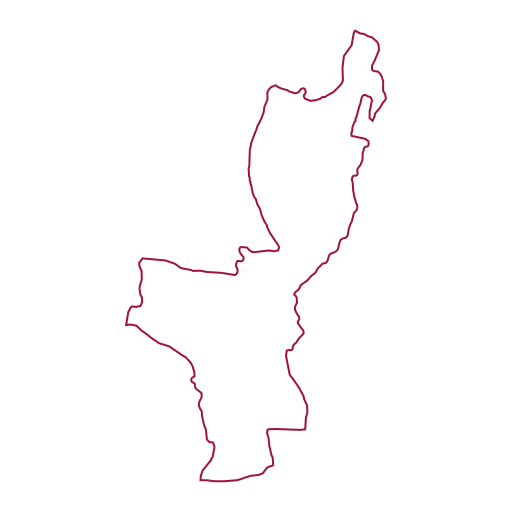 Guanagazapa, Escuintla, Guatemala
{"feature_id": "79465075B46302810770825", "entity_name": "Guanagazapa", "entity_type": "district", "adm_level": 2, "iso_a3": "GTM", "parent_name": "Guatemala", "parent_adm1": "Escuintla", "projection": "robinson", "projection_center": [-90.646, 14.158], "detail": "fine", "context": "isolated", "style": "outline", "palette": "rose", "viewbox_px": 512, "rotation_deg": 0, "n_neighbors": 0, "source": "geoboundaries", "source_scale": "gbopen_adm2", "svg_char_len": 5871}
<svg xmlns="http://www.w3.org/2000/svg" viewBox="0 0 512 512"><path d="M142.5,258.4L139.1,263.0L139.5,266.1L141.6,271.2L141.8,279.5L139.8,285.9L139.5,288.9L140.0,292.1L140.3,294.1L140.6,295.3L141.9,297.4L142.2,302.2L140.3,306.2L139.3,306.3L138.6,306.3L137.6,306.4L136.6,306.9L131.9,306.5L130.8,307.3L128.3,312.1L126.1,325.1L130.0,324.5L136.5,325.7L141.5,330.5L148.1,335.2L150.5,337.3L159.0,343.2L169.1,346.3L179.9,353.7L180.7,354.3L185.8,357.3L190.9,363.0L192.6,366.4L194.3,372.0L194.5,376.3L193.3,377.0L192.3,377.7L191.6,378.4L191.2,379.8L191.3,380.9L192.3,382.2L193.5,382.8L194.7,383.5L194.9,384.6L195.0,386.5L195.2,387.3L195.6,388.1L196.1,388.8L196.8,389.4L201.5,393.1L201.7,397.0L199.3,401.9L198.8,405.5L200.4,409.4L201.6,410.7L202.1,416.3L204.2,425.5L205.9,429.6L206.9,439.5L209.4,442.1L213.2,442.6L214.5,447.2L212.6,456.9L211.2,459.0L210.9,460.3L202.6,470.5L200.8,475.8L200.5,480.2L207.7,480.3L213.5,481.2L224.0,481.3L236.9,480.2L241.7,478.9L243.7,478.0L251.1,475.7L258.5,475.0L260.5,474.2L262.9,473.2L266.7,468.1L267.7,467.3L269.8,466.4L271.6,465.9L272.3,465.6L273.2,465.0L272.7,457.7L271.5,455.2L269.3,445.6L268.6,438.3L267.2,433.7L267.4,429.9L268.9,429.2L276.2,429.0L299.8,429.9L305.2,429.3L305.9,418.0L307.3,412.5L307.1,405.6L304.1,398.9L303.6,396.4L299.1,387.8L292.3,378.0L290.3,375.7L289.5,373.7L286.0,355.7L286.8,350.6L288.1,350.1L289.2,350.1L290.8,350.2L292.1,349.7L292.6,348.8L292.8,347.7L293.0,346.1L293.3,345.4L294.1,344.4L294.7,343.9L295.7,343.1L296.5,342.2L297.1,341.3L297.5,340.5L297.9,339.8L298.4,339.2L299.3,338.1L300.4,336.9L301.3,335.9L303.1,334.2L303.6,333.0L303.5,331.5L303.0,330.1L302.2,329.1L301.3,328.1L300.1,326.4L299.7,325.8L299.3,325.1L298.9,324.5L298.1,323.5L297.8,322.8L297.8,321.4L298.4,320.9L299.0,319.9L299.3,318.8L299.2,317.4L298.7,316.2L298.1,315.5L297.2,314.0L296.3,312.5L295.7,311.3L295.3,310.5L294.9,309.2L294.9,307.9L295.0,307.1L295.6,305.6L296.0,304.6L296.4,303.7L297.0,302.8L296.9,301.2L296.8,299.4L296.7,297.9L296.1,296.3L295.4,295.8L294.4,295.0L294.4,293.6L295.3,292.3L296.2,291.5L297.0,290.9L297.7,290.3L298.3,289.7L298.9,289.1L299.5,288.1L299.9,287.0L300.3,286.2L301.0,285.0L301.6,284.4L302.4,283.9L304.1,282.8L305.2,282.0L306.7,280.9L307.8,279.9L308.7,279.0L309.5,277.9L310.7,276.5L311.4,275.8L312.7,274.8L314.0,273.9L315.0,273.1L315.8,272.0L316.6,270.7L317.0,269.8L317.8,268.4L318.8,267.4L319.6,266.7L320.2,266.1L320.9,265.3L321.4,264.8L322.1,264.0L323.1,263.5L323.9,263.4L325.1,263.1L325.8,262.9L326.6,262.1L327.4,260.9L327.7,260.2L328.1,259.0L328.3,258.0L328.6,257.2L328.8,256.4L329.4,255.0L330.1,254.1L331.2,253.4L332.0,253.2L332.9,252.8L334.0,252.4L334.9,252.0L335.9,251.4L336.6,250.8L337.2,250.3L337.8,249.3L338.3,248.0L338.5,246.9L338.8,245.5L339.2,243.7L339.5,242.5L339.9,241.5L340.8,239.7L341.8,239.0L342.6,238.6L343.5,238.3L344.4,238.1L346.0,237.6L346.6,237.0L347.4,235.8L347.7,234.9L348.0,233.7L348.2,232.3L348.4,231.1L348.5,230.0L348.8,229.0L349.2,227.7L349.9,225.5L350.4,224.3L351.1,222.8L351.7,221.6L352.0,220.6L352.3,219.6L352.5,218.7L352.8,217.4L353.0,216.6L353.3,215.6L353.5,214.6L353.9,213.1L354.5,212.4L355.6,211.3L356.5,210.2L357.0,208.8L357.2,207.8L357.3,206.5L357.3,205.6L356.9,204.4L356.5,203.7L356.0,203.0L355.8,202.0L355.5,200.5L355.1,199.4L354.8,198.6L354.6,197.4L354.3,196.1L353.9,194.9L353.8,193.9L353.6,192.5L353.3,191.4L353.1,190.0L353.1,189.0L353.0,187.5L352.9,185.6L352.8,184.2L352.7,182.9L352.5,181.8L352.1,180.7L351.9,179.9L352.0,178.7L352.3,177.4L352.8,176.4L353.5,175.8L354.6,175.7L356.2,175.6L357.2,174.9L357.6,173.6L357.5,172.2L357.2,170.7L357.4,169.4L358.1,168.0L358.9,166.8L359.5,166.1L360.4,165.0L360.9,163.9L361.3,162.9L361.6,162.1L362.0,161.2L362.3,160.2L362.4,159.3L362.6,157.6L362.6,156.5L362.6,155.7L362.6,154.3L362.7,152.9L363.0,152.1L363.3,151.5L363.7,150.0L363.8,149.1L364.1,148.2L364.7,147.4L365.3,146.9L366.3,146.7L367.2,146.5L367.9,146.1L368.4,145.2L368.6,144.3L368.7,143.4L368.5,142.2L368.3,141.1L365.9,139.3L365.1,138.8L351.6,135.9L351.2,133.1L352.1,131.7L352.5,127.0L354.5,121.8L355.4,121.1L355.6,118.1L356.4,117.2L359.1,107.1L360.5,103.1L361.3,99.0L362.3,96.2L363.9,95.0L365.8,95.0L367.0,96.0L370.6,97.2L372.0,100.2L369.6,111.6L369.6,118.2L372.6,120.8L374.6,116.3L374.9,113.8L380.0,107.6L383.5,101.7L384.2,101.5L385.9,98.8L385.1,94.1L383.1,90.9L383.2,81.4L381.7,76.6L380.6,74.4L379.3,72.8L377.9,71.6L374.0,71.1L372.0,69.7L372.0,65.8L374.7,60.5L377.5,53.8L379.0,49.9L378.6,45.1L377.3,42.1L372.1,37.4L368.3,36.3L363.9,33.9L360.0,33.4L357.4,31.9L355.1,30.7L354.6,31.5L353.8,32.9L351.6,45.3L343.9,56.0L342.5,67.6L342.9,80.6L342.0,82.9L340.2,85.3L333.7,91.9L327.4,95.3L325.1,97.0L322.4,97.1L320.1,98.8L315.8,100.2L310.3,100.8L304.9,98.6L303.8,96.4L304.0,95.1L304.8,94.5L305.8,91.9L304.7,88.8L303.4,88.3L301.9,88.6L301.1,89.0L299.1,91.7L296.8,93.0L294.9,93.3L288.5,91.1L287.3,90.1L282.0,88.8L277.3,86.7L276.6,85.7L275.2,85.4L274.2,85.8L271.0,87.2L268.5,89.9L267.3,93.0L267.5,99.0L267.2,100.2L264.4,106.9L263.6,112.5L261.2,118.9L257.3,126.5L256.4,129.6L253.9,135.7L251.1,143.4L251.1,144.3L249.8,150.1L249.3,166.2L248.6,168.3L249.1,176.5L249.8,178.0L249.7,180.6L250.4,181.5L250.4,183.7L251.1,184.7L252.6,192.6L254.2,196.9L255.9,199.3L257.3,204.3L260.0,209.0L261.4,214.5L264.6,221.9L266.9,225.3L267.1,226.9L269.9,232.9L278.7,246.0L279.0,247.7L278.2,250.4L274.3,251.2L268.5,250.5L254.1,252.2L251.8,251.8L249.1,250.0L248.6,249.3L248.1,248.7L247.3,247.8L246.1,247.5L244.0,247.2L242.6,247.2L241.2,247.1L240.2,247.4L239.4,248.9L239.3,250.3L239.8,252.0L240.5,253.5L241.9,255.2L242.9,256.3L243.4,257.1L243.6,258.2L243.5,259.5L242.3,260.9L241.2,261.3L238.1,261.0L237.3,261.1L236.9,262.1L236.1,263.8L236.1,265.1L236.0,266.3L237.0,268.0L237.6,269.9L237.6,271.1L237.4,272.3L236.9,273.3L235.8,274.5L235.0,275.0L221.1,272.8L207.1,272.0L200.2,270.7L192.8,270.9L190.8,269.9L182.9,268.5L180.3,267.7L174.8,263.7L165.1,260.4L142.5,258.4Z" fill="none" stroke="#9f1239" stroke-width="2"/></svg>